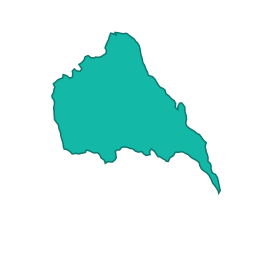 Piên, Paraná, Brazil (Natural Earth projection), rotated 158°
{"feature_id": "56859067B57864591645239", "entity_name": "Piên", "entity_type": "district", "adm_level": 2, "iso_a3": "BRA", "parent_name": "Brazil", "parent_adm1": "Paraná", "projection": "natural_earth1", "projection_center": [-49.461, -26.066], "detail": "fine", "context": "isolated", "style": "filled", "palette": "teal", "viewbox_px": 256, "rotation_deg": 158, "n_neighbors": 0, "source": "geoboundaries", "source_scale": "gbopen_adm2", "svg_char_len": 2308}
<svg xmlns="http://www.w3.org/2000/svg" viewBox="0 0 256 256"><g transform="rotate(158 128 128)"><path d="M176.6,121.3L175.1,123.1L173.4,122.1L171.3,120.3L170.0,118.5L168.2,117.3L165.5,116.5L164.2,113.7L164.1,110.3L162.0,106.9L162.3,103.8L159.0,104.2L155.3,102.3L152.0,103.3L150.1,104.7L149.1,108.2L148.6,110.9L146.6,111.8L144.0,110.8L141.2,112.4L139.1,112.0L136.0,110.5L133.7,108.2L131.6,107.1L129.5,103.5L127.6,101.9L124.1,100.9L123.0,97.9L121.4,95.7L117.4,95.1L116.9,98.1L114.2,99.9L112.1,96.1L111.0,90.4L108.8,88.9L107.2,86.4L105.7,85.0L105.0,82.8L103.2,81.9L100.3,84.6L96.3,85.4L93.1,87.8L90.4,86.6L87.7,86.1L85.8,85.0L84.4,83.2L82.1,80.7L80.4,76.9L78.3,74.2L76.7,72.5L74.9,69.1L75.5,66.1L75.3,62.8L74.3,60.6L71.7,56.9L70.6,53.8L70.1,48.9L70.1,45.1L68.9,41.3L67.9,35.9L68.3,33.6L65.9,35.5L63.7,48.2L64.3,52.2L66.6,54.7L66.4,58.9L65.2,61.7L64.9,64.1L66.4,67.3L64.9,70.4L64.5,73.1L64.4,76.5L63.3,82.2L60.9,85.1L62.4,87.8L64.2,95.2L65.8,96.6L68.0,100.6L69.9,103.0L71.2,104.7L72.7,107.5L72.8,110.6L70.4,114.4L69.5,117.4L69.2,121.3L67.5,126.3L68.8,131.1L70.8,131.7L73.5,129.4L75.0,126.3L76.4,129.5L74.7,132.7L75.0,136.2L77.0,139.1L77.8,141.9L80.0,145.7L79.5,148.9L80.6,151.4L82.7,153.4L83.7,156.1L84.3,160.0L84.8,163.3L86.0,166.3L87.9,167.9L89.5,169.5L89.0,172.5L89.4,176.1L89.2,179.7L89.7,183.2L88.8,187.4L88.7,190.7L87.8,194.1L87.3,196.9L86.8,199.7L87.4,203.5L88.4,205.5L89.0,208.2L91.6,212.4L94.0,216.4L96.9,217.1L99.2,218.4L101.8,220.2L104.3,221.4L104.3,218.9L106.4,221.0L108.5,222.4L110.9,219.9L112.7,217.4L114.3,216.0L117.1,213.4L119.3,210.8L118.9,208.2L120.5,205.3L124.1,204.7L126.6,204.1L129.5,204.8L131.6,205.9L133.7,205.7L136.2,207.3L137.9,210.1L141.2,210.0L143.1,207.6L146.5,205.9L149.7,205.3L149.1,202.6L148.6,200.4L150.9,198.5L154.1,200.0L155.7,202.9L158.4,201.6L158.8,199.3L160.5,196.0L163.4,196.0L164.6,198.5L166.3,200.5L168.1,201.8L169.7,199.0L172.2,199.0L174.8,199.0L177.4,197.9L180.7,196.9L180.5,193.3L182.4,191.2L183.7,188.8L186.4,186.6L186.9,184.3L186.1,181.1L187.1,177.8L189.4,174.5L190.2,171.6L191.1,169.0L192.2,165.5L193.0,163.2L192.2,160.1L191.4,157.0L191.9,154.7L192.4,152.0L192.2,149.7L193.2,145.9L193.7,140.9L194.1,137.3L194.9,135.1L195.1,132.3L192.9,131.1L190.8,128.4L189.4,124.8L185.8,124.0L183.6,122.5L176.6,121.3Z" fill="#14b8a6" stroke="#0f766e" stroke-width="1.5"/></g></svg>